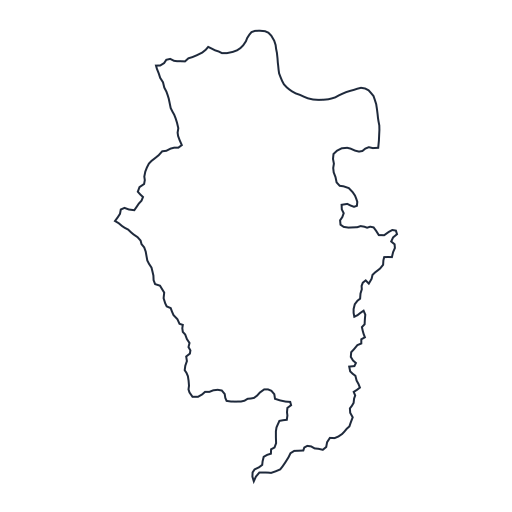 the district of Cássia, Minas Gerais, Brazil
{"feature_id": "56859067B74168157441705", "entity_name": "Cássia", "entity_type": "district", "adm_level": 2, "iso_a3": "BRA", "parent_name": "Brazil", "parent_adm1": "Minas Gerais", "projection": "orthographic", "projection_center": [-46.919, -20.558], "detail": "fine", "context": "isolated", "style": "outline", "palette": "slate", "viewbox_px": 512, "rotation_deg": 0, "n_neighbors": 0, "source": "geoboundaries", "source_scale": "gbopen_adm2", "svg_char_len": 4489}
<svg xmlns="http://www.w3.org/2000/svg" viewBox="0 0 512 512"><path d="M253.8,481.3L255.9,476.6L259.4,472.5L263.9,472.5L267.9,472.6L271.1,472.9L275.7,471.3L280.2,469.4L282.5,466.5L285.3,462.4L288.5,457.3L290.5,453.2L294.2,450.9L299.3,450.7L303.3,450.5L304.3,447.5L307.3,445.9L311.1,446.4L314.6,448.4L318.5,448.8L322.8,449.8L326.2,447.0L327.1,442.2L329.9,437.9L334.6,438.1L338.4,436.5L342.1,434.0L344.3,431.7L346.7,428.8L349.4,426.4L350.7,422.6L352.7,417.3L350.2,412.8L349.9,408.4L351.9,405.8L353.6,402.9L354.1,398.5L355.2,395.5L353.7,391.9L356.9,389.9L359.9,387.6L358.5,384.0L356.6,380.6L355.4,375.8L352.7,373.8L350.2,371.4L349.2,366.6L354.4,366.1L355.9,363.0L353.0,360.5L350.8,356.9L351.2,352.2L354.0,349.2L357.4,345.1L361.3,343.5L361.3,339.3L364.9,337.3L363.6,333.9L362.7,330.7L361.9,327.1L364.6,324.3L364.9,318.8L365.3,314.7L363.6,310.7L360.4,312.9L357.5,315.2L354.3,316.7L353.6,312.9L353.6,309.0L354.8,304.2L357.5,300.7L360.1,298.7L360.5,293.5L361.8,289.3L361.6,285.9L362.8,282.7L365.7,280.4L368.8,283.6L371.6,278.8L372.5,274.9L375.1,272.4L377.6,270.5L380.1,268.5L383.1,264.8L383.4,260.3L384.2,257.1L388.1,257.0L391.9,257.1L393.1,252.1L394.9,248.0L394.6,244.3L391.2,241.5L393.1,237.4L397.0,234.2L395.9,230.6L392.3,230.0L388.8,231.9L384.2,235.2L378.8,235.1L376.1,230.8L373.6,227.4L370.2,226.7L367.1,227.7L364.3,226.7L360.6,226.1L357.3,227.2L348.5,227.6L343.7,226.9L340.5,224.7L340.1,220.3L342.3,217.1L343.7,213.2L341.8,209.4L341.6,204.8L347.3,203.9L350.5,205.5L354.0,206.8L356.9,205.8L357.3,201.9L356.2,198.6L355.0,195.6L352.7,192.2L348.8,188.1L343.5,186.3L339.7,185.8L336.6,182.4L335.5,177.1L333.7,172.4L333.2,168.0L333.9,163.7L333.0,158.9L333.5,154.0L337.0,150.7L341.7,148.3L347.2,147.8L350.5,148.6L355.0,150.6L359.0,151.6L362.4,151.0L365.3,148.6L368.8,147.2L372.8,148.1L378.2,147.8L378.9,140.6L379.2,133.9L379.4,130.0L379.3,125.5L378.5,121.3L378.0,118.1L377.6,114.3L377.0,109.5L376.2,104.2L374.8,99.8L373.5,96.0L371.0,93.0L368.6,90.3L365.1,88.5L361.0,87.8L357.4,88.7L353.8,89.9L350.4,90.8L346.2,92.1L342.5,93.7L339.0,95.3L335.2,97.4L331.5,98.5L328.2,99.3L323.9,99.7L318.6,99.9L313.0,99.5L307.8,98.3L303.9,96.7L300.0,94.9L295.7,93.4L291.9,91.3L289.1,89.3L286.7,87.3L283.9,84.3L282.1,80.9L280.6,77.3L279.1,73.4L278.6,69.9L278.2,65.9L277.8,62.5L277.5,58.3L276.9,52.8L276.1,48.9L275.6,45.0L274.2,40.7L271.3,35.7L268.4,32.7L265.0,31.2L259.5,30.7L254.9,30.9L251.5,32.1L249.4,34.6L247.2,38.0L245.9,41.3L243.2,45.3L240.4,48.1L237.1,50.3L232.8,51.9L227.1,53.1L221.9,53.1L218.7,51.5L215.0,50.3L211.9,48.7L208.2,46.9L205.7,49.8L202.2,52.6L196.7,55.3L192.4,57.1L188.4,58.3L185.0,61.4L180.2,61.2L177.0,61.2L174.0,60.8L170.2,58.9L166.3,59.8L164.1,63.1L160.2,65.5L156.0,65.6L156.9,68.8L158.7,73.3L160.2,77.9L163.0,82.3L164.3,87.6L166.4,91.6L167.6,95.0L168.7,98.5L169.6,102.8L170.7,108.1L172.5,111.7L174.2,114.7L175.6,118.3L177.0,122.7L178.3,128.2L177.6,132.7L178.1,136.0L179.6,140.1L181.8,145.1L178.3,147.7L174.1,147.7L170.6,148.6L166.3,150.8L162.2,151.3L158.7,155.2L154.6,158.5L151.5,160.9L148.9,163.6L146.9,167.5L145.3,171.6L144.3,176.6L144.8,180.1L144.1,184.0L139.5,187.1L137.8,191.7L140.3,194.5L143.0,197.0L141.5,200.7L138.8,203.6L136.8,206.6L134.3,210.2L128.9,209.5L124.5,207.9L120.8,209.5L120.0,213.8L117.8,217.2L115.0,221.0L118.7,223.2L122.0,226.0L124.7,227.8L128.2,229.6L131.0,232.3L133.5,234.4L137.6,237.2L140.6,240.6L141.5,244.1L144.2,247.4L145.7,251.6L146.5,256.1L147.3,260.5L149.0,263.8L151.5,267.6L152.6,272.1L153.4,275.6L153.6,280.2L155.1,284.1L160.0,285.7L162.3,289.5L164.2,292.6L163.6,298.2L165.2,303.3L166.7,306.4L170.7,308.1L171.9,311.4L173.5,315.1L177.4,319.2L179.5,323.8L182.8,324.9L182.3,328.2L182.8,331.9L185.2,334.5L186.9,339.1L189.5,343.0L188.5,347.1L190.4,350.4L189.9,353.6L186.2,356.5L186.9,361.1L185.3,365.7L184.7,370.2L186.5,372.9L187.9,376.2L188.6,380.8L189.0,385.7L188.5,389.4L189.5,392.5L192.5,396.8L198.0,396.8L202.2,394.4L205.0,391.9L209.3,391.9L213.3,390.3L217.7,389.8L221.8,390.5L224.7,394.0L225.3,397.9L226.6,400.9L230.8,401.5L235.2,401.6L241.1,401.5L244.5,400.7L247.6,398.8L250.9,398.5L254.0,397.9L257.1,395.6L259.9,392.5L264.2,389.4L268.0,389.4L271.4,390.8L274.3,394.2L275.0,398.8L280.0,400.4L285.7,401.6L290.2,401.9L291.1,405.2L287.4,407.9L287.0,412.3L287.4,415.5L286.8,419.8L283.2,420.2L279.4,420.9L277.9,424.2L276.5,427.4L275.9,431.2L275.9,437.4L276.1,443.2L274.5,447.5L271.1,449.3L270.9,453.7L267.3,454.8L263.7,456.8L262.6,461.3L262.2,464.9L259.0,467.3L254.6,469.4L252.6,472.4L252.4,476.6L253.8,481.3Z" fill="none" stroke="#1e293b" stroke-width="2"/></svg>